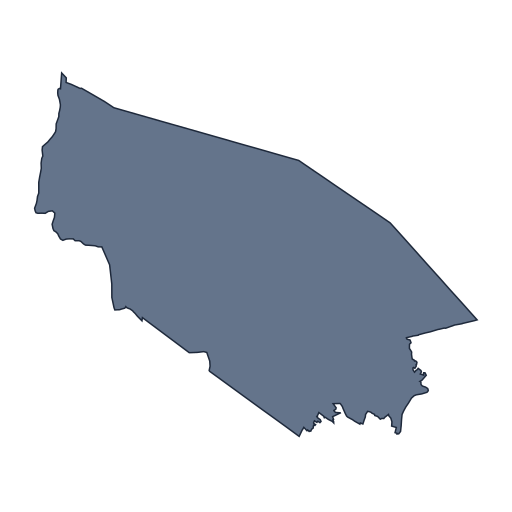 outline of San Nicolás, Oaxaca, Mexico, rotated 91°
{"feature_id": "50627088B62304740302326", "entity_name": "San Nicolás", "entity_type": "district", "adm_level": 2, "iso_a3": "MEX", "parent_name": "Mexico", "parent_adm1": "Oaxaca", "projection": "mercator", "projection_center": [-96.736, 16.433], "detail": "fine", "context": "isolated", "style": "filled", "palette": "slate", "viewbox_px": 512, "rotation_deg": 91, "n_neighbors": 0, "source": "geoboundaries", "source_scale": "gbopen_adm2", "svg_char_len": 4107}
<svg xmlns="http://www.w3.org/2000/svg" viewBox="0 0 512 512"><g transform="rotate(91 256 256)"><path d="M76.4,453.5L92.2,454.4L91.9,455.5L92.8,456.8L93.7,457.0L96.4,457.1L98.9,456.8L102.7,455.3L105.1,454.8L108.2,454.2L110.6,454.3L114.1,454.9L116.9,455.6L120.1,455.6L124.2,457.0L127.4,458.1L132.2,458.1L135.3,458.6L137.4,459.9L140.2,461.7L142.8,463.9L145.6,466.1L148.1,468.9L150.4,471.4L153.8,471.7L158.2,471.1L159.8,470.9L162.1,471.9L166.9,472.5L172.1,472.2L176.4,472.9L180.8,473.7L186.2,474.5L191.4,474.4L196.9,474.3L200.3,475.5L204.2,475.9L207.3,476.5L210.4,477.6L212.1,478.2L214.7,477.6L216.6,476.7L217.1,474.8L216.9,471.0L217.0,467.5L215.0,464.4L214.4,460.4L216.6,457.9L220.9,458.2L224.1,459.3L227.8,460.4L232.0,459.5L234.2,458.5L235.3,456.6L237.2,454.6L239.4,453.6L242.4,451.8L243.7,449.4L242.4,446.1L242.1,443.0L242.1,439.0L243.9,437.1L243.8,433.1L244.5,431.3L246.9,428.7L248.1,426.7L248.2,423.2L248.4,419.9L248.6,416.9L249.6,414.0L249.6,410.3L267.4,402.2L286.5,399.7L300.0,399.4L310.0,397.1L312.4,396.2L312.2,393.6L312.1,391.4L311.5,389.9L310.5,386.4L309.9,385.8L308.9,385.3L309.8,384.5L310.5,383.0L311.1,381.1L313.0,378.3L313.8,377.7L315.0,376.4L315.6,375.8L318.3,373.5L322.8,368.9L319.6,368.5L353.8,321.1L353.8,320.1L353.4,312.9L352.5,306.6L353.3,303.5L356.7,302.3L361.9,300.4L367.0,300.0L371.1,300.8L371.4,300.8L372.2,300.2L385.6,281.1L409.3,247.3L416.0,237.6L426.2,223.0L435.6,209.7L431.2,207.7L429.0,206.7L428.9,206.5L426.5,205.2L429.8,202.0L429.0,201.3L430.5,199.8L430.0,199.1L430.2,198.2L428.3,197.4L427.0,195.8L425.1,195.7L424.3,195.5L424.4,195.2L424.2,194.6L424.4,194.2L423.6,193.5L422.4,195.4L421.8,195.5L419.8,194.7L421.3,192.2L420.2,191.4L420.2,191.1L421.5,189.2L420.3,188.1L418.5,188.9L416.5,191.8L415.8,191.7L415.5,192.4L413.8,191.4L411.4,190.4L415.0,185.5L416.3,185.0L416.5,184.9L416.0,184.3L416.4,183.4L418.1,180.9L420.0,176.9L421.5,175.4L420.1,175.5L418.4,176.3L418.0,175.6L415.3,176.6L411.5,169.0L411.3,169.1L411.0,173.8L409.4,175.4L409.1,175.5L407.9,173.6L406.4,173.2L402.3,176.3L402.0,169.6L402.0,169.3L402.4,168.9L404.5,167.4L405.3,166.9L406.5,166.5L411.7,164.1L412.3,163.8L414.5,162.6L415.3,161.7L415.7,161.1L416.4,159.6L416.6,159.3L417.0,158.6L417.8,156.9L419.5,154.4L422.3,149.2L421.8,149.1L421.1,148.8L422.1,146.2L418.2,145.0L415.1,143.9L414.1,143.8L412.6,143.7L409.4,141.7L409.8,139.5L410.3,138.2L411.1,137.4L412.3,134.7L413.4,134.5L414.3,131.6L417.0,128.9L416.2,127.3L416.3,125.4L415.0,124.4L412.1,120.8L413.5,120.4L415.7,118.4L419.4,117.2L423.7,117.4L425.0,112.7L430.2,113.9L430.3,113.6L430.9,111.8L431.5,111.9L431.3,110.2L428.9,108.4L424.3,108.0L423.2,107.9L416.8,107.6L411.9,107.2L408.2,105.6L404.2,103.5L400.4,101.0L395.4,98.1L392.9,95.4L392.0,93.3L391.0,87.9L389.6,83.6L389.3,82.7L388.3,81.8L387.3,81.4L385.5,82.0L384.1,84.2L383.6,85.8L383.1,87.4L381.7,88.7L380.5,88.9L379.4,88.9L378.7,89.5L378.5,89.9L377.3,87.9L372.3,83.7L369.9,84.9L369.8,85.5L369.8,86.3L370.6,86.5L370.9,86.3L372.2,86.3L371.1,89.7L368.9,88.6L367.6,89.1L365.5,91.9L366.7,92.7L368.0,94.4L368.6,94.7L369.4,95.5L367.1,97.0L365.9,97.1L365.0,97.0L364.7,96.5L365.5,95.2L363.4,93.9L361.8,94.0L361.7,93.6L359.4,93.2L358.1,94.5L358.2,95.7L356.9,96.4L356.6,97.8L354.9,98.3L351.4,98.8L349.5,98.7L349.1,98.8L348.9,98.9L345.7,101.0L341.7,101.0L341.3,100.8L340.1,99.5L339.9,99.5L337.3,100.5L337.2,100.8L336.6,103.5L335.2,104.3L335.0,104.1L333.7,98.7L333.3,97.9L332.4,92.4L331.9,92.0L330.0,85.5L328.8,80.5L328.6,79.9L326.2,72.5L326.2,72.2L325.9,70.9L324.8,66.7L324.9,65.1L321.4,55.8L321.4,55.4L320.1,48.7L319.9,48.6L316.8,36.4L316.0,33.8L306.0,43.1L302.6,46.2L296.5,51.9L285.3,62.4L275.7,71.2L269.4,77.1L259.3,86.5L253.1,92.2L246.6,98.2L231.4,112.3L220.6,122.4L211.9,135.5L192.2,165.6L184.0,178.1L176.7,189.1L170.3,198.9L162.8,210.3L160.4,213.9L159.7,215.0L157.7,222.6L153.3,239.1L151.1,247.2L147.8,259.6L145.7,267.7L144.1,273.7L142.4,280.1L141.5,283.4L140.5,287.0L137.3,299.1L133.3,314.1L122.5,354.8L116.3,378.0L112.9,390.7L110.2,400.8L108.7,403.1L104.3,410.0L99.5,418.6L91.3,433.4L91.5,434.8L91.1,435.8L87.6,443.7L85.8,448.9L81.2,448.8L76.4,453.5Z" fill="#64748b" stroke="#1e293b" stroke-width="1.5"/></g></svg>